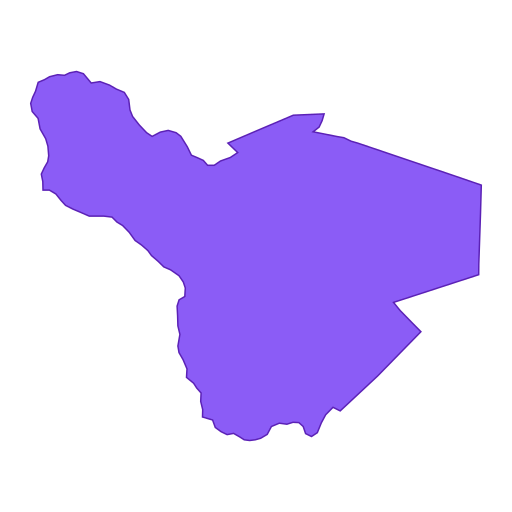 Novo Triunfo, Bahia, Brazil
{"feature_id": "56859067B45610866333733", "entity_name": "Novo Triunfo", "entity_type": "district", "adm_level": 2, "iso_a3": "BRA", "parent_name": "Brazil", "parent_adm1": "Bahia", "projection": "robinson", "projection_center": [-38.496, -10.365], "detail": "fine", "context": "isolated", "style": "filled", "palette": "violet", "viewbox_px": 512, "rotation_deg": 0, "n_neighbors": 0, "source": "geoboundaries", "source_scale": "gbopen_adm2", "svg_char_len": 1669}
<svg xmlns="http://www.w3.org/2000/svg" viewBox="0 0 512 512"><path d="M343.9,137.7L337.4,136.6L313.1,131.8L319.1,127.1L322.1,120.7L324.1,113.9L293.3,115.2L256.6,130.8L227.9,143.1L237.7,152.6L230.3,157.5L220.5,161.0L214.2,165.3L207.6,165.3L203.3,160.4L197.6,157.8L191.4,155.2L187.3,146.8L180.8,136.3L176.1,132.7L168.2,130.4L160.3,132.1L152.1,136.4L146.6,132.7L139.3,125.0L132.6,116.5L130.0,110.0L128.7,99.5L124.3,92.4L116.4,89.1L109.5,85.1L100.0,81.6L91.2,83.0L83.4,73.7L76.5,71.5L69.7,72.8L64.5,75.3L57.6,74.7L49.6,76.7L44.4,79.7L38.2,82.3L35.5,91.3L32.7,97.3L30.7,103.4L32.2,111.5L38.1,118.4L40.1,128.9L45.7,138.7L47.9,146.2L48.7,155.8L47.7,161.8L44.2,167.9L41.3,174.1L42.8,181.6L43.0,190.1L49.4,190.1L55.9,194.0L61.1,200.5L65.6,205.4L73.1,209.2L80.5,212.3L89.2,216.1L96.5,216.1L103.7,216.1L112.0,217.1L117.0,222.1L122.6,225.5L129.2,232.3L135.1,240.5L141.5,245.0L147.9,250.6L151.5,255.6L157.9,261.1L163.8,266.9L170.5,269.8L179.0,275.7L183.3,282.0L185.3,288.0L184.8,296.5L179.1,299.8L177.1,306.1L177.6,315.8L177.9,325.9L179.9,334.4L177.9,346.0L179.0,352.6L183.1,359.7L187.0,368.9L186.5,377.4L193.6,383.2L196.7,388.0L201.1,393.0L200.7,401.4L202.7,409.6L202.5,417.0L212.6,420.0L215.3,427.5L221.1,431.7L227.1,434.6L233.6,433.4L239.7,436.9L244.2,439.8L249.7,440.5L255.2,439.8L260.6,438.3L267.2,434.4L271.4,426.5L279.3,423.2L286.9,424.2L293.0,422.3L298.9,422.6L303.2,426.5L305.6,433.6L311.5,436.5L317.3,432.7L321.3,422.9L325.7,414.7L333.0,407.3L340.2,410.9L377.6,376.0L420.9,331.7L412.5,323.2L400.1,310.5L393.5,302.4L478.7,274.7L478.8,264.1L480.5,213.8L481.3,185.1L452.2,175.1L357.7,143.1L351.1,141.2L343.9,137.7Z" fill="#8b5cf6" stroke="#5b21b6" stroke-width="1.5"/></svg>